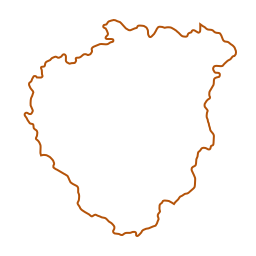 outline of San José de Las Matas, Santiago, Dominican Republic, rotated 3°
{"feature_id": "3306468B48570951315042", "entity_name": "San José de Las Matas", "entity_type": "district", "adm_level": 2, "iso_a3": "DOM", "parent_name": "Dominican Republic", "parent_adm1": "Santiago", "projection": "albers", "projection_center": [-71.019, 19.237], "detail": "fine", "context": "isolated", "style": "outline", "palette": "amber", "viewbox_px": 256, "rotation_deg": 3, "n_neighbors": 0, "source": "geoboundaries", "source_scale": "gbopen_adm2", "svg_char_len": 5715}
<svg xmlns="http://www.w3.org/2000/svg" viewBox="0 0 256 256"><g transform="rotate(3 128 128)"><path d="M177.9,201.5L179.1,199.6L181.9,196.6L183.0,194.7L183.7,193.8L185.6,192.8L188.1,190.9L188.7,190.7L190.5,190.3L191.6,189.7L196.4,185.1L197.0,184.4L197.5,183.6L197.7,182.7L197.8,181.2L197.8,176.6L197.7,174.8L197.4,173.9L196.2,171.4L194.0,167.3L193.7,166.4L193.7,165.5L193.9,164.5L194.3,164.0L194.9,163.4L196.7,162.4L197.3,161.8L197.6,161.2L197.8,159.8L197.9,155.6L198.9,152.9L199.2,149.5L199.4,148.6L199.8,148.1L201.2,146.8L202.4,144.8L203.1,144.2L203.7,144.0L204.7,143.8L206.2,143.9L207.2,144.2L209.1,145.1L210.0,145.2L210.8,144.9L211.3,144.2L211.8,141.9L212.1,141.5L213.7,140.7L214.1,139.9L214.2,138.2L214.2,133.1L214.2,131.6L214.0,130.6L213.3,129.3L210.9,126.7L210.2,125.5L209.7,123.4L208.9,121.4L208.4,119.2L207.6,117.6L207.1,115.4L206.2,113.5L206.0,112.8L205.9,111.4L206.0,109.6L206.1,108.6L206.6,107.0L206.6,106.4L206.1,105.6L204.3,103.6L203.6,102.8L203.3,101.8L203.3,100.2L203.5,99.6L205.0,96.9L206.3,95.4L208.0,94.2L208.2,93.8L208.3,92.9L207.6,91.5L207.4,90.4L207.4,88.3L207.6,87.3L211.1,80.5L211.3,79.1L211.3,75.6L211.6,74.4L212.2,73.7L213.7,72.9L216.2,72.2L216.6,71.7L216.9,70.8L216.9,69.8L216.8,69.2L216.2,68.5L215.2,68.2L212.6,68.2L212.0,68.0L211.5,67.6L210.1,65.4L209.9,64.1L210.1,63.2L210.7,62.1L211.8,61.5L213.2,61.3L217.6,61.4L218.6,61.2L219.2,61.0L220.9,58.8L223.5,56.1L224.6,55.2L226.2,54.3L226.9,53.7L228.6,51.3L229.3,50.8L230.5,50.5L231.2,49.5L231.7,48.7L231.9,47.0L231.7,45.4L230.3,42.3L229.9,41.7L228.7,40.5L227.6,39.7L226.2,38.9L223.8,37.1L222.9,36.8L220.0,36.5L218.9,35.8L218.2,34.9L216.3,30.7L215.0,28.8L213.9,28.4L211.4,28.3L210.1,28.0L209.2,27.5L207.7,26.2L206.8,25.8L205.8,25.6L202.8,25.5L201.9,25.2L201.0,24.7L199.2,23.2L197.5,22.4L194.7,20.6L194.9,23.2L195.0,26.4L194.9,27.8L194.4,28.6L193.7,29.0L193.2,29.1L191.2,28.1L189.4,27.1L188.5,26.9L187.6,27.0L186.9,27.5L186.2,29.1L185.8,29.3L184.2,29.9L183.5,30.4L183.0,31.1L182.4,33.0L182.0,33.4L181.4,33.7L180.1,33.8L178.7,33.7L177.6,33.5L177.0,33.2L176.1,32.6L173.5,30.2L172.1,29.2L171.1,28.3L168.9,27.0L166.1,25.6L164.7,25.3L162.6,25.3L161.2,25.5L159.4,26.0L156.9,25.3L154.4,25.2L153.5,25.4L152.7,25.9L151.5,27.8L150.8,29.5L149.2,32.6L146.9,35.2L146.1,35.8L145.5,36.0L144.9,35.9L144.4,35.6L143.3,33.7L143.1,32.7L142.8,29.8L142.5,28.9L141.6,27.4L141.1,26.7L138.8,25.4L137.8,25.2L136.0,25.1L134.2,25.1L133.0,25.3L132.3,25.8L131.7,27.2L131.4,27.6L129.5,28.2L125.4,30.2L124.2,30.3L123.4,30.1L120.6,28.6L115.8,23.8L114.5,22.7L113.5,22.4L111.7,21.9L109.8,21.1L108.1,20.9L105.7,21.6L103.2,22.6L102.4,23.4L101.5,25.0L101.0,25.7L98.6,26.4L98.2,26.9L98.0,27.5L98.0,28.2L98.3,28.7L98.8,29.1L100.5,29.8L101.8,31.9L103.0,34.6L103.0,35.6L102.8,36.2L101.2,38.1L101.0,38.6L100.9,39.1L101.1,39.7L101.6,40.0L102.2,40.2L106.5,40.0L108.1,40.2L108.6,40.7L108.8,41.2L108.7,42.1L108.2,42.7L106.0,43.4L103.8,45.0L102.9,45.4L101.5,45.6L97.3,45.5L95.6,45.7L89.5,48.6L88.4,49.4L87.7,50.4L87.6,51.3L88.0,52.7L88.0,53.6L87.7,54.4L86.6,56.2L85.9,56.6L84.5,57.2L83.9,57.2L82.7,56.7L81.8,56.5L80.9,56.6L80.2,56.7L79.4,57.2L77.2,59.3L76.1,60.0L75.2,60.3L73.4,60.5L72.6,60.7L72.3,61.2L72.2,61.7L72.6,63.0L72.6,63.7L71.8,65.4L71.0,65.9L68.3,66.2L66.4,66.8L65.6,66.6L63.5,65.6L62.7,64.7L62.4,63.8L62.3,60.1L62.1,59.2L61.4,58.2L60.6,57.8L59.9,57.8L59.1,58.2L58.6,58.8L57.6,60.2L55.7,61.3L54.5,61.5L52.7,60.7L51.8,60.6L50.9,60.9L48.5,62.1L47.7,62.9L46.7,64.2L43.3,66.0L42.6,66.6L42.0,67.7L41.7,70.0L41.3,70.8L40.5,71.1L38.8,71.4L38.3,71.6L38.0,72.1L38.0,72.7L38.9,74.8L39.3,78.7L39.9,80.5L39.8,81.1L39.5,81.5L38.9,82.0L38.2,82.2L34.4,82.3L33.6,81.4L33.1,81.1L32.5,81.0L31.5,81.1L31.0,81.5L29.7,84.1L29.1,86.1L28.4,87.0L27.2,88.0L26.9,88.8L26.9,89.7L27.0,90.3L28.3,92.9L29.2,94.1L31.2,96.3L31.6,97.3L30.6,101.0L29.9,102.6L29.6,103.6L29.4,105.3L29.4,108.2L29.6,110.6L31.8,115.0L32.0,115.6L31.9,116.5L31.0,118.3L30.7,118.7L30.2,119.1L29.7,119.2L28.7,119.2L28.2,119.0L26.7,118.2L26.1,118.1L25.5,118.1L24.9,118.4L24.5,118.8L24.2,119.3L24.1,119.7L24.2,120.6L24.5,121.2L26.2,123.3L27.3,125.3L29.6,128.3L30.3,128.7L32.3,129.0L33.1,129.4L33.4,130.2L33.7,132.3L34.0,133.2L34.8,134.0L36.6,135.1L37.3,136.0L37.7,137.3L37.6,139.6L37.4,140.9L36.7,142.5L36.6,143.3L36.9,144.0L38.6,145.2L39.7,146.4L40.3,147.3L41.5,149.8L41.7,151.5L41.8,156.8L41.9,157.8L42.6,159.9L44.9,159.3L46.3,159.3L47.8,159.4L48.7,159.7L51.2,160.9L51.9,161.4L53.5,162.9L54.9,164.4L56.0,166.9L56.1,167.9L55.5,169.4L55.5,170.3L55.6,171.2L56.0,171.6L57.9,172.8L59.4,173.4L66.5,177.1L67.6,177.6L69.9,178.9L70.3,179.3L71.3,181.1L72.2,183.0L73.5,185.3L75.7,186.7L79.9,188.6L80.8,189.4L81.1,190.0L81.4,190.9L81.6,194.9L82.5,196.8L82.8,198.5L82.8,200.7L82.7,202.5L82.4,203.4L81.7,205.0L81.6,205.6L81.7,206.2L82.2,207.1L83.6,208.9L84.7,210.9L85.7,211.9L86.5,212.5L89.4,214.2L93.6,216.3L95.4,217.7L96.2,218.1L97.0,218.0L99.0,216.6L99.6,216.4L100.2,216.3L100.8,216.5L102.4,217.2L104.5,217.8L106.5,218.6L109.4,219.0L110.3,219.3L111.4,220.1L113.8,222.4L115.8,223.5L116.6,224.0L118.1,225.4L119.2,226.7L119.6,227.6L119.6,228.9L119.4,229.8L118.6,231.4L118.6,232.3L118.8,232.9L119.1,233.3L120.2,234.0L124.5,234.3L126.4,235.1L127.6,235.2L128.2,235.0L130.2,233.4L131.1,233.0L132.1,232.8L135.4,232.6L136.0,232.5L138.0,231.6L139.6,231.4L140.5,231.5L141.2,231.9L141.6,232.7L141.7,234.3L141.8,234.8L142.2,235.2L142.8,235.4L143.6,235.1L144.8,234.0L146.7,231.7L147.5,230.0L148.6,229.0L151.3,227.7L153.9,227.1L158.2,225.0L160.6,224.1L161.9,221.8L162.5,219.7L163.3,217.5L163.1,216.3L162.4,214.7L162.3,213.4L162.7,212.2L164.0,210.4L164.3,209.6L163.7,207.4L163.6,206.4L163.6,203.5L164.2,202.3L165.8,200.9L166.7,199.1L167.5,198.7L168.5,198.5L171.0,198.6L172.7,198.8L175.8,200.3L177.9,201.5Z" fill="none" stroke="#b45309" stroke-width="2"/></g></svg>